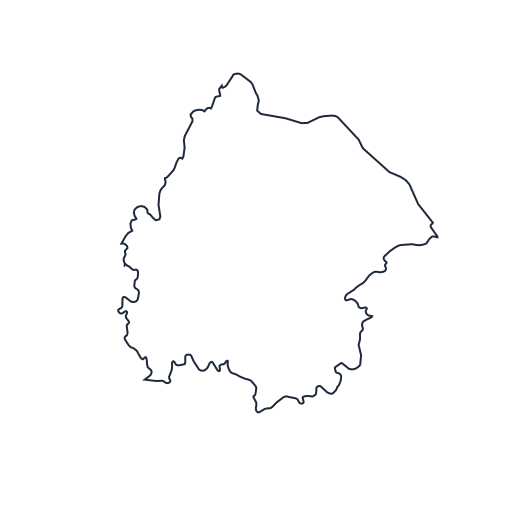 outline of Volyn, rotated 51°
{"feature_id": "UKR-318", "entity_name": "Volyn", "entity_type": "Region", "adm_level": 1, "iso_a3": "UKR", "parent_name": "Ukraine", "parent_adm1": "", "projection": "albers", "projection_center": [25.131, 51.122], "detail": "fine", "context": "isolated", "style": "outline", "palette": "slate", "viewbox_px": 512, "rotation_deg": 51, "n_neighbors": 0, "source": "natural_earth", "source_scale": "10m", "svg_char_len": 6158}
<svg xmlns="http://www.w3.org/2000/svg" viewBox="0 0 512 512"><g transform="rotate(51 256 256)"><path d="M296.9,91.7L317.6,97.3L341.5,97.6L342.1,101.1L343.6,102.0L354.7,102.7L355.4,102.9L355.7,103.2L355.2,103.7L353.0,105.2L352.1,106.2L351.8,106.9L351.7,107.9L351.7,109.3L351.9,110.7L353.3,115.1L353.4,115.9L352.8,117.9L351.6,120.4L350.0,122.7L349.1,123.7L344.8,127.6L338.8,136.3L337.8,138.2L337.1,141.4L336.7,145.5L336.5,149.0L336.8,152.8L336.9,155.4L337.2,156.8L337.4,157.4L337.8,158.0L338.9,158.7L340.5,158.9L343.1,158.5L343.5,158.9L344.0,161.0L344.3,161.6L344.9,161.9L347.1,162.6L347.6,162.9L348.1,163.4L348.7,164.6L348.7,165.5L348.4,166.8L347.4,168.8L346.8,169.8L344.6,171.8L343.7,172.7L343.0,173.9L342.7,174.7L342.5,175.8L342.4,178.9L342.4,179.9L342.7,181.5L344.1,187.0L344.3,189.3L344.2,191.0L343.7,194.4L343.6,197.0L343.6,198.6L343.9,200.9L343.0,209.1L343.2,210.8L344.1,212.5L344.9,213.5L345.4,213.8L346.6,214.1L347.1,213.8L347.6,213.3L347.9,212.7L348.6,210.5L349.2,209.3L349.6,208.8L351.3,207.8L352.5,207.3L354.0,207.0L355.6,206.9L357.1,207.0L359.8,208.1L361.1,208.1L362.3,207.5L363.2,206.6L364.7,203.5L365.2,203.0L365.8,202.8L366.4,202.9L366.8,203.2L367.3,204.5L368.0,205.6L369.2,206.2L370.0,206.4L371.7,206.4L373.0,206.0L375.9,203.6L376.2,204.2L376.1,205.9L374.9,210.3L374.6,212.5L374.4,214.0L374.6,214.6L375.2,215.8L376.0,216.8L380.1,218.9L380.6,219.8L381.0,222.7L381.3,223.3L382.1,224.3L385.7,227.1L388.2,230.1L388.8,231.2L389.7,232.2L399.3,236.8L405.7,243.1L406.1,243.6L406.5,245.0L406.4,247.9L406.3,249.1L405.8,250.5L404.7,252.6L402.3,254.7L393.5,256.6L392.9,257.0L392.7,258.2L392.3,263.8L392.3,264.8L392.7,265.3L396.4,267.0L397.6,266.7L399.3,265.4L400.5,265.1L401.9,265.0L403.1,265.6L404.1,266.4L406.3,268.8L408.2,272.2L408.7,273.5L409.1,275.7L410.2,277.3L410.6,278.6L411.1,282.4L410.9,283.3L410.4,284.3L408.7,285.6L406.7,286.5L397.8,287.8L397.1,288.3L396.6,289.1L396.1,290.6L396.2,291.4L396.5,292.1L398.9,294.1L400.7,296.0L401.0,296.5L401.2,297.2L401.1,298.0L401.0,299.6L400.8,300.4L397.1,304.1L395.6,306.6L395.1,307.9L395.3,308.7L395.8,309.1L398.8,310.5L399.6,311.1L399.9,311.5L400.0,312.0L399.9,312.5L399.2,313.7L398.0,314.5L396.9,314.6L393.7,314.0L392.4,314.3L391.4,314.9L385.8,319.5L384.6,320.3L384.0,321.0L383.3,322.4L383.0,323.9L382.8,332.4L383.5,337.7L383.5,339.2L383.4,340.0L383.2,340.7L382.3,342.2L381.5,343.2L380.7,344.7L380.4,345.4L379.4,352.1L378.9,352.7L378.2,353.1L376.9,353.2L375.2,352.7L374.2,351.9L371.6,349.1L369.9,348.0L364.2,346.9L363.7,346.5L363.4,346.1L363.5,344.8L363.4,344.2L363.1,343.6L360.6,340.7L358.7,338.8L358.1,338.5L356.5,338.2L349.9,338.3L347.3,339.6L344.6,341.7L339.8,344.3L335.5,346.0L331.7,348.4L330.5,348.7L329.4,348.8L326.3,348.1L323.6,347.1L322.1,346.0L320.2,344.2L319.8,344.0L319.3,344.2L319.1,345.2L319.2,345.9L319.9,347.9L319.8,348.7L319.5,349.7L318.5,351.1L318.3,352.5L318.4,353.3L318.9,353.9L321.8,355.6L322.3,356.1L322.4,356.7L322.1,357.3L321.1,357.8L320.2,357.8L311.2,356.6L310.5,356.9L310.1,357.6L310.0,358.8L310.2,359.6L311.7,362.6L312.2,363.9L312.5,365.3L312.5,366.9L312.5,367.8L312.1,368.8L311.5,369.7L310.2,371.0L308.2,371.7L298.6,370.7L292.7,369.1L291.4,369.3L290.7,369.9L289.4,371.6L289.1,372.4L289.1,373.1L289.5,374.1L290.1,374.7L293.8,377.6L295.0,378.9L295.2,379.5L293.1,383.6L292.2,385.0L291.3,385.9L290.1,386.5L289.3,386.5L287.0,386.1L286.3,386.2L285.8,386.5L285.6,387.1L285.9,388.0L286.3,388.6L288.9,390.6L290.8,392.4L292.0,394.0L295.2,399.6L296.3,400.4L298.5,400.8L299.1,401.1L299.5,401.7L299.7,402.3L299.7,403.2L299.4,404.2L298.6,405.4L296.9,406.2L294.6,406.9L293.6,407.8L292.1,409.9L289.5,413.1L282.0,420.3L282.2,414.6L282.0,412.4L281.3,411.1L280.7,410.4L279.5,409.6L278.3,409.4L274.4,410.2L271.8,408.9L268.3,406.5L266.5,405.6L265.3,405.3L265.0,405.8L264.9,406.5L265.1,408.9L264.3,409.4L262.7,409.7L254.7,408.3L251.8,408.9L250.5,409.3L248.3,410.6L247.0,410.9L245.2,411.1L238.9,410.4L237.6,410.1L236.6,409.2L236.3,408.6L236.2,407.9L236.4,406.3L235.8,405.2L234.5,403.9L229.2,400.6L228.3,399.7L228.1,397.4L227.7,396.5L227.0,396.1L226.2,396.0L222.2,395.8L221.3,395.4L220.6,394.9L219.6,392.8L218.8,391.8L218.1,391.5L217.4,391.5L216.9,391.9L216.7,392.6L216.6,393.3L216.5,395.7L216.0,396.9L215.3,397.5L214.4,397.8L212.6,397.9L211.8,397.5L211.2,397.0L211.1,396.3L211.5,393.3L211.2,392.0L210.6,391.2L205.3,386.8L204.6,385.8L204.5,385.1L204.7,384.5L205.1,384.0L206.2,383.4L212.5,381.9L213.6,381.2L214.5,380.3L215.3,379.2L215.7,377.8L215.7,377.0L215.4,375.6L214.7,374.5L211.0,370.2L209.8,369.4L208.4,369.0L207.7,369.1L205.6,369.9L204.2,370.0L202.6,369.4L199.0,365.7L198.8,365.1L198.7,364.4L198.9,363.7L198.7,362.7L198.1,361.4L195.8,359.0L194.3,357.9L193.2,357.3L192.1,357.2L191.6,357.4L190.8,358.3L190.1,359.5L189.6,360.0L188.5,360.6L185.5,361.0L184.0,361.3L182.8,362.0L180.6,362.4L180.6,363.9L179.2,362.7L176.9,361.9L175.4,361.1L174.3,359.6L173.5,357.8L172.5,356.2L170.7,355.5L169.6,354.6L168.9,350.9L167.3,350.0L165.6,350.1L164.0,350.5L162.6,351.4L161.7,352.8L158.6,345.0L157.7,340.8L158.5,336.3L155.2,335.4L151.8,333.2L150.1,330.2L151.7,326.7L151.8,325.5L148.3,325.0L145.3,323.6L143.5,321.0L143.3,317.2L144.9,313.8L147.8,311.7L151.3,311.3L154.6,313.2L157.2,312.1L161.3,312.1L165.1,311.4L166.7,308.0L165.1,305.5L154.8,299.5L146.5,291.6L144.6,288.4L144.0,285.8L143.9,284.0L143.6,282.4L142.2,280.2L140.7,279.2L139.1,278.5L138.2,277.7L138.8,276.1L138.8,274.9L137.5,266.6L136.4,263.9L133.2,258.7L131.5,254.8L132.0,253.0L134.0,251.9L132.7,249.5L126.9,243.3L120.6,239.2L117.9,235.7L111.3,220.5L109.2,219.0L106.8,218.9L104.9,217.9L104.2,213.7L104.9,211.0L106.6,208.1L108.9,205.8L111.2,205.0L110.5,202.3L110.7,200.3L111.6,198.9L113.0,198.3L112.0,195.9L107.2,188.3L107.0,187.1L109.0,183.1L107.3,181.9L105.1,181.0L103.1,179.6L102.4,176.8L102.2,175.6L103.3,176.5L104.4,175.9L105.0,172.9L104.7,171.0L101.6,161.4L100.9,159.8L101.1,158.2L102.6,155.6L103.9,154.3L105.4,153.5L117.5,150.6L120.4,150.7L129.0,153.5L132.1,153.9L136.9,155.9L140.3,160.2L143.8,163.6L148.7,162.8L167.4,146.5L181.4,137.0L185.0,132.2L188.0,119.3L190.0,115.4L194.5,108.8L197.2,106.1L199.8,105.1L230.3,103.0L237.8,104.8L240.4,105.0L274.8,99.5L285.8,93.7L291.4,91.9L296.9,91.7Z" fill="none" stroke="#1e293b" stroke-width="2"/></g></svg>